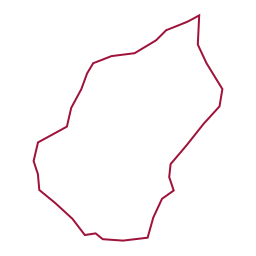 outline of Tibro, Västra Götaland, Sweden
{"feature_id": "70781695B34872352941630", "entity_name": "Tibro", "entity_type": "district", "adm_level": 2, "iso_a3": "SWE", "parent_name": "Sweden", "parent_adm1": "Västra Götaland", "projection": "albers", "projection_center": [14.256, 58.478], "detail": "fine", "context": "isolated", "style": "outline", "palette": "rose", "viewbox_px": 256, "rotation_deg": 0, "n_neighbors": 0, "source": "geoboundaries", "source_scale": "gbopen_adm2", "svg_char_len": 510}
<svg xmlns="http://www.w3.org/2000/svg" viewBox="0 0 256 256"><path d="M173.7,190.5L169.2,177.1L170.6,164.1L186.5,145.4L203.7,123.7L219.5,106.4L222.4,89.1L206.5,63.2L197.8,44.6L199.2,15.4L187.7,21.6L166.2,30.2L156.1,40.3L134.6,53.2L111.5,56.1L93.2,63.2L87.1,73.4L81.3,89.2L71.2,107.9L66.9,126.6L38.0,142.4L33.6,161.1L37.9,174.1L39.3,190.0L55.2,203.0L72.5,218.9L84.8,235.0L95.6,233.4L102.8,239.2L123.0,240.6L147.6,237.7L153.3,217.5L162.0,198.8L173.7,190.5Z" fill="none" stroke="#9f1239" stroke-width="2"/></svg>